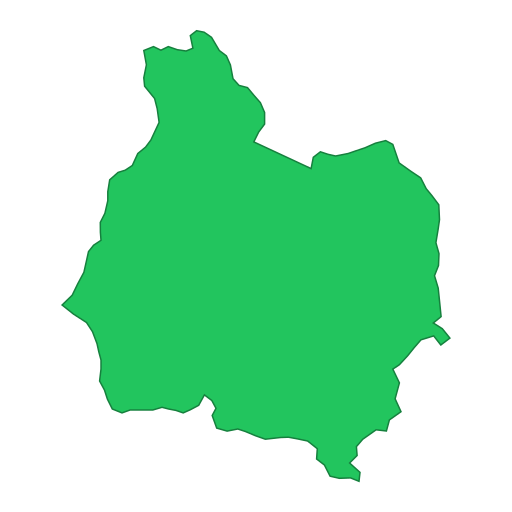 the district of Charqueada, São Paulo, Brazil
{"feature_id": "56859067B6350231232684", "entity_name": "Charqueada", "entity_type": "district", "adm_level": 2, "iso_a3": "BRA", "parent_name": "Brazil", "parent_adm1": "São Paulo", "projection": "robinson", "projection_center": [-47.747, -22.525], "detail": "fine", "context": "isolated", "style": "filled", "palette": "green", "viewbox_px": 512, "rotation_deg": 0, "n_neighbors": 0, "source": "geoboundaries", "source_scale": "gbopen_adm2", "svg_char_len": 1753}
<svg xmlns="http://www.w3.org/2000/svg" viewBox="0 0 512 512"><path d="M439.7,302.7L438.2,288.1L434.5,275.7L438.5,265.5L439.0,253.7L435.9,242.7L438.2,228.8L439.5,219.7L438.8,204.8L431.9,195.6L426.2,188.7L420.7,177.9L410.6,171.1L399.1,162.9L392.8,144.4L385.7,140.6L375.4,143.2L365.0,147.8L355.7,150.9L348.2,153.5L335.6,156.0L328.0,154.3L320.4,151.8L313.3,157.3L311.1,168.6L253.8,141.9L258.7,132.0L264.6,124.1L264.6,112.5L260.4,102.7L253.9,95.3L247.5,87.6L239.0,85.4L233.0,78.7L230.4,64.9L226.4,55.9L219.3,50.5L211.5,37.3L204.1,32.2L196.6,30.7L190.3,35.6L192.9,48.2L186.1,51.0L177.3,49.7L168.3,46.6L160.9,50.2L153.5,46.6L143.8,50.5L146.4,64.8L143.8,77.8L144.6,86.2L154.6,98.5L157.2,108.7L159.1,122.4L150.9,140.0L145.6,147.1L137.8,153.5L132.3,165.5L125.2,170.2L118.1,172.4L109.7,179.8L107.8,191.7L107.8,200.7L104.9,213.3L100.3,222.4L100.4,232.3L101.0,240.3L93.6,245.2L88.5,251.6L86.2,262.0L83.9,272.3L77.7,283.9L72.2,295.2L62.1,305.0L73.5,314.1L86.5,322.5L92.5,331.7L97.0,343.6L98.8,351.8L101.0,360.0L101.0,369.1L99.6,381.0L104.5,390.1L107.4,399.1L112.3,409.0L122.0,412.9L130.1,410.0L152.8,410.0L162.0,407.3L168.6,409.0L175.9,410.4L183.2,412.9L190.2,409.8L198.7,405.3L204.4,394.9L211.8,400.5L216.0,408.3L212.2,415.5L216.7,428.1L227.1,431.1L237.8,429.0L245.4,431.5L255.4,435.7L265.3,439.2L280.5,437.5L288.4,437.2L297.6,438.9L307.6,441.0L317.3,448.7L316.6,459.0L324.4,465.0L330.1,476.2L339.3,478.3L350.5,477.9L359.0,481.3L360.0,472.4L349.6,463.0L357.1,455.5L356.4,446.6L362.8,439.2L376.1,429.8L386.4,431.0L389.4,419.9L401.0,411.7L395.1,398.8L399.4,382.9L392.8,369.1L399.4,364.7L407.7,355.7L414.3,347.5L421.0,339.8L433.7,335.9L440.8,345.0L449.9,338.1L442.3,328.7L433.3,323.0L441.1,316.6L439.7,302.7Z" fill="#22c55e" stroke="#15803d" stroke-width="1.5"/></svg>